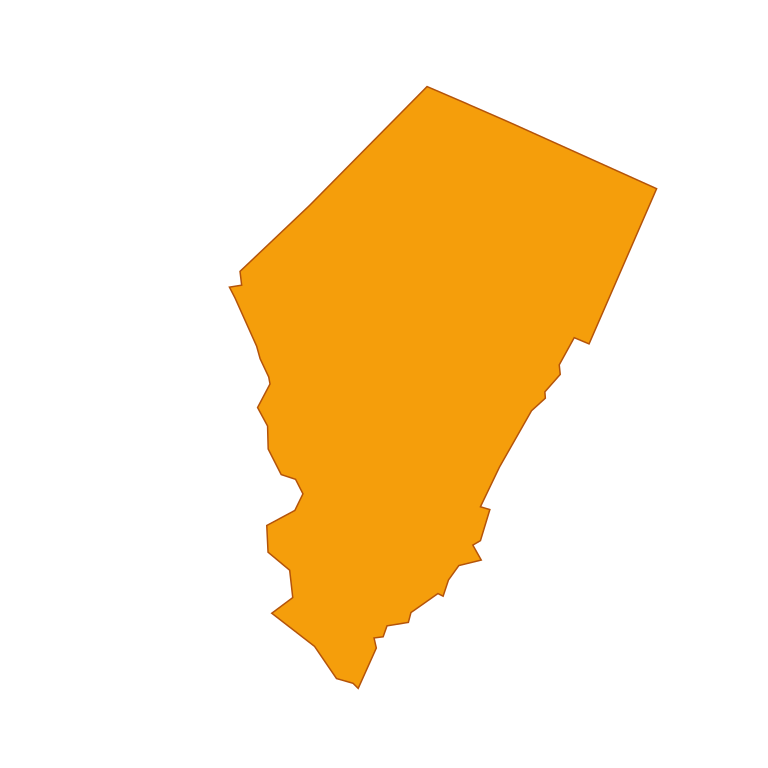 the district of Boone, Missouri, United States of America, rotated 22°
{"feature_id": "52423323B93742797793260", "entity_name": "Boone", "entity_type": "district", "adm_level": 2, "iso_a3": "USA", "parent_name": "United States of America", "parent_adm1": "Missouri", "projection": "natural_earth1", "projection_center": [-92.3, 38.946], "detail": "fine", "context": "isolated", "style": "filled", "palette": "amber", "viewbox_px": 768, "rotation_deg": 22, "n_neighbors": 0, "source": "geoboundaries", "source_scale": "gbopen_adm2", "svg_char_len": 813}
<svg xmlns="http://www.w3.org/2000/svg" viewBox="0 0 768 768"><g transform="rotate(22 384 384)"><path d="M401.7,94.4L358.4,93.2L357.0,93.1L312.5,92.1L248.1,246.3L208.3,333.5L215.0,345.7L204.4,352.1L213.7,360.1L251.8,396.7L259.7,407.0L274.5,420.7L278.3,426.7L275.6,453.2L291.8,466.6L301.0,487.7L322.6,506.5L337.7,505.5L350.0,516.2L348.7,534.6L328.3,559.1L339.5,583.4L366.3,592.0L379.4,616.2L365.8,638.6L417.9,653.3L450.3,674.9L467.4,673.1L474.1,675.9L475.8,631.7L469.9,623.2L477.9,618.7L477.4,607.1L495.9,595.9L494.6,585.8L512.5,558.1L518.3,558.6L517.2,541.5L521.4,524.3L540.1,510.8L526.7,500.1L532.1,493.1L529.2,460.8L519.4,461.7L522.2,417.6L530.8,353.5L538.9,336.7L536.1,331.0L543.8,309.1L539.3,300.6L543.0,269.8L559.1,270.0L563.6,100.8L401.7,94.4Z" fill="#f59e0b" stroke="#b45309" stroke-width="1.5"/></g></svg>